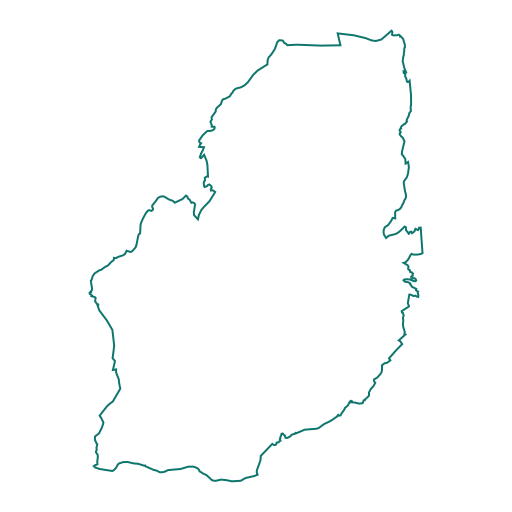 Porumbeni, Harghita, Romania
{"feature_id": "2599482B64869304081158", "entity_name": "Porumbeni", "entity_type": "district", "adm_level": 2, "iso_a3": "ROU", "parent_name": "Romania", "parent_adm1": "Harghita", "projection": "orthographic", "projection_center": [25.126, 46.271], "detail": "fine", "context": "isolated", "style": "outline", "palette": "teal", "viewbox_px": 512, "rotation_deg": 0, "n_neighbors": 0, "source": "geoboundaries", "source_scale": "gbopen_adm2", "svg_char_len": 5993}
<svg xmlns="http://www.w3.org/2000/svg" viewBox="0 0 512 512"><path d="M257.6,474.7L257.0,473.6L256.7,471.5L257.2,469.3L260.3,460.9L260.7,458.1L260.7,456.0L272.3,443.9L272.9,444.5L274.4,445.1L275.6,444.8L276.3,444.2L276.6,442.6L278.6,442.3L279.5,441.2L280.5,440.7L279.8,439.2L280.5,437.9L280.3,437.1L281.3,435.2L281.5,433.8L282.6,433.5L284.0,435.0L284.7,435.3L285.5,437.8L287.4,437.9L290.3,436.4L290.9,435.4L292.1,434.5L294.8,433.9L295.1,433.3L295.8,432.8L296.5,433.2L304.6,429.7L315.8,428.8L317.8,428.4L319.2,427.7L324.0,424.1L329.7,421.4L332.6,419.6L337.2,416.4L337.9,415.0L338.2,414.9L338.5,415.7L340.6,415.4L341.4,413.6L344.6,409.2L344.7,408.2L348.1,405.2L348.8,403.3L349.4,402.9L349.5,402.0L350.8,400.8L351.8,401.2L351.3,402.3L354.6,402.5L359.1,403.6L362.6,403.2L363.7,400.3L364.8,400.2L365.0,399.5L368.7,396.1L369.0,395.3L369.0,392.4L371.0,388.7L373.4,386.2L375.3,382.8L374.2,381.5L374.0,380.7L374.1,379.4L377.2,377.6L380.1,374.4L381.4,372.5L382.0,370.2L382.0,365.2L384.7,363.2L386.8,362.9L390.1,360.6L390.4,360.3L389.0,358.4L396.0,350.4L402.2,344.1L400.0,341.0L398.8,340.4L405.4,334.5L404.4,334.1L404.8,332.2L403.2,326.8L402.9,324.2L403.3,320.4L402.9,318.0L403.7,315.3L402.8,312.8L401.9,312.5L401.7,311.1L408.9,306.5L409.0,306.1L407.8,303.3L409.3,294.6L410.5,294.6L413.5,296.0L415.4,295.7L417.1,296.7L418.2,296.9L418.4,295.2L417.7,292.8L418.1,291.7L416.0,290.3L416.3,288.9L412.0,286.8L411.5,286.3L411.3,285.4L410.1,284.2L410.2,283.3L408.0,282.2L404.9,281.7L403.5,280.2L404.3,279.5L406.7,279.2L410.0,279.5L413.9,281.2L415.6,281.1L416.2,280.4L415.7,279.2L414.3,278.1L412.5,278.4L411.2,277.6L411.2,276.6L412.8,275.7L412.5,274.6L413.0,273.6L411.7,272.3L410.2,272.0L409.8,270.0L408.4,269.5L408.1,268.8L408.5,266.6L407.6,265.2L403.7,262.9L405.4,262.4L407.9,259.9L410.8,254.7L411.6,253.9L413.4,254.6L417.3,254.6L420.8,254.0L422.5,253.1L420.7,227.6L419.1,227.7L418.5,229.5L417.9,230.1L415.5,228.8L415.2,229.2L414.5,231.3L412.1,233.2L411.1,231.6L409.7,232.2L409.1,233.6L408.7,233.8L407.8,232.3L406.2,230.5L405.7,227.0L404.5,226.6L401.2,230.0L398.3,232.5L395.7,234.0L388.8,235.7L386.1,238.0L384.0,234.7L383.6,232.7L383.6,230.9L384.1,228.8L384.9,227.2L388.1,225.1L391.0,221.1L392.7,217.9L395.2,218.4L395.1,212.1L396.0,210.7L398.2,210.0L400.0,208.9L401.5,206.9L401.9,205.6L403.2,203.5L404.6,199.8L405.4,198.8L405.9,197.5L406.0,194.9L404.9,190.6L403.8,183.5L403.8,182.0L404.1,181.1L406.7,177.5L407.2,176.2L408.0,173.6L408.9,167.2L408.1,162.0L405.6,163.6L405.3,159.1L402.9,155.4L401.8,154.4L402.0,151.9L402.8,148.1L404.5,141.4L402.8,137.8L401.1,136.3L399.7,134.4L399.7,133.3L400.6,132.6L400.7,132.0L399.7,130.7L399.6,130.1L399.7,129.5L401.1,128.6L400.8,127.7L401.6,126.1L404.4,124.0L405.3,123.8L405.9,122.6L406.8,121.9L407.0,121.5L406.6,120.4L406.7,119.9L408.7,115.9L409.3,113.2L410.9,111.1L410.6,107.5L411.1,104.5L411.0,94.9L409.6,80.7L408.5,81.9L407.5,82.0L406.9,81.5L406.2,78.2L405.3,76.8L405.1,75.1L405.4,73.8L403.7,73.0L403.6,71.2L405.9,71.8L404.4,68.3L402.7,61.3L403.2,56.9L403.9,54.8L403.8,53.4L404.2,51.6L404.3,48.1L404.9,47.5L404.9,44.9L403.1,38.9L401.0,36.6L400.1,36.6L400.2,35.8L399.4,35.0L398.6,34.7L397.5,35.2L393.8,35.4L392.3,35.1L392.0,34.7L392.4,32.4L392.1,31.3L391.5,30.7L381.4,39.5L375.8,41.0L371.6,40.4L365.6,38.1L353.9,35.3L337.7,33.4L340.4,45.3L320.9,45.6L297.0,44.7L287.3,45.2L286.1,43.8L283.9,42.7L283.5,41.4L282.6,40.5L279.3,40.2L277.4,41.9L274.8,49.1L271.3,54.5L268.6,57.4L267.6,60.3L267.4,64.4L257.7,70.5L253.3,74.7L247.9,82.2L244.7,85.2L241.0,87.3L236.5,88.4L235.4,89.0L233.6,90.5L232.6,92.4L231.4,93.7L229.7,96.4L225.0,98.8L223.3,99.2L222.5,99.9L222.0,100.8L220.9,104.1L216.8,107.8L215.7,109.8L215.7,111.5L211.5,117.3L211.9,119.5L210.4,121.8L211.8,125.3L211.7,126.7L214.5,126.8L214.7,127.5L214.3,129.1L212.3,130.4L209.8,131.0L207.7,130.9L206.8,131.4L202.6,135.4L199.2,140.3L199.2,141.8L200.2,143.0L201.1,143.3L199.9,145.0L199.1,146.9L204.0,147.2L202.8,150.3L201.1,153.5L199.8,157.2L200.8,158.2L201.2,158.1L204.1,154.8L206.6,160.8L207.4,164.9L208.0,176.6L206.9,176.4L204.8,177.8L205.0,180.6L204.1,181.4L203.7,182.7L204.1,185.9L204.6,187.0L206.9,186.2L208.1,184.9L209.3,184.5L211.1,185.9L211.8,187.4L210.8,189.3L211.0,190.5L212.3,190.3L213.5,190.7L215.2,192.0L209.4,201.3L203.5,207.4L201.1,210.4L198.9,215.0L197.9,219.3L194.1,215.2L193.8,212.3L195.1,204.3L194.3,203.3L192.8,202.4L191.4,202.8L189.6,199.7L187.9,198.4L187.4,196.6L186.0,195.6L182.5,199.0L174.8,202.7L172.9,200.9L168.8,199.4L164.1,196.5L162.7,196.3L160.3,196.7L158.1,197.8L155.1,202.0L152.4,205.2L152.1,206.7L153.0,208.6L153.0,209.5L151.6,210.9L149.2,210.2L147.7,210.8L146.0,213.0L143.0,218.4L141.0,223.1L140.5,225.4L140.1,233.4L138.8,234.3L138.1,236.4L136.6,244.2L135.7,247.2L132.6,250.8L130.8,252.0L126.6,250.8L124.9,254.1L123.1,255.3L118.4,256.8L116.0,258.1L114.0,257.9L113.7,260.1L111.2,262.0L107.9,265.5L104.8,267.1L101.1,269.9L99.5,270.2L94.6,273.4L92.7,276.1L91.6,279.9L90.8,280.7L92.1,289.0L91.8,290.4L91.0,291.3L91.2,291.8L91.1,292.3L90.0,292.4L89.5,292.9L89.8,293.9L91.9,295.4L91.5,296.2L94.8,297.1L95.6,297.9L95.1,301.3L97.0,304.0L98.2,304.4L98.3,305.1L97.6,305.5L99.3,310.4L106.9,320.5L112.4,330.0L114.2,345.9L112.6,358.2L115.0,361.1L112.9,370.0L116.1,369.4L116.1,372.4L118.8,379.5L119.2,383.5L120.3,388.7L112.8,401.5L109.4,404.0L106.9,406.4L99.6,415.7L101.2,418.0L103.4,422.5L103.1,424.1L101.8,427.8L99.0,433.4L95.0,436.5L94.9,439.8L96.7,443.7L97.3,444.2L96.5,447.6L96.7,450.1L95.9,451.5L96.0,452.3L97.7,454.8L97.8,457.5L97.3,461.0L97.4,464.4L95.1,465.2L93.8,466.1L95.1,467.5L99.7,469.0L112.3,471.0L113.8,470.2L116.0,467.9L117.8,464.6L118.9,463.5L123.2,462.1L127.6,462.0L133.7,463.4L138.2,463.8L144.5,465.8L145.0,465.5L145.6,466.3L153.6,469.9L156.6,470.6L159.7,472.2L161.8,472.3L164.4,471.8L168.0,470.1L180.5,469.0L188.2,466.7L192.8,466.6L195.2,467.2L197.9,468.6L199.0,469.8L199.6,471.4L201.5,472.4L202.5,473.3L206.5,475.1L212.0,480.2L214.5,480.8L215.7,480.8L221.2,479.6L226.7,480.2L231.8,481.3L240.7,480.8L245.6,478.0L254.4,476.0L257.6,474.7Z" fill="none" stroke="#0f766e" stroke-width="2"/></svg>